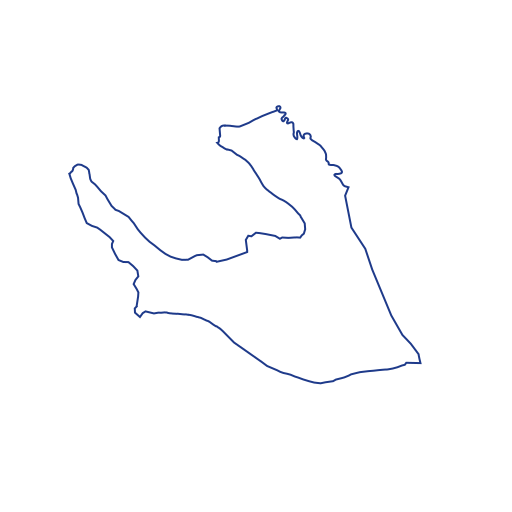 Qaflat Odhar, Amran, Yemen (Equal Earth projection), rotated 134°
{"feature_id": "15242507B49848325615271", "entity_name": "Qaflat Odhar", "entity_type": "district", "adm_level": 2, "iso_a3": "YEM", "parent_name": "Yemen", "parent_adm1": "Amran", "projection": "equal_earth", "projection_center": [43.669, 16.289], "detail": "fine", "context": "isolated", "style": "outline", "palette": "blue", "viewbox_px": 512, "rotation_deg": 134, "n_neighbors": 0, "source": "geoboundaries", "source_scale": "gbopen_adm2", "svg_char_len": 6018}
<svg xmlns="http://www.w3.org/2000/svg" viewBox="0 0 512 512"><g transform="rotate(134 256 256)"><path d="M167.3,354.6L174.0,357.6L174.7,358.1L176.0,359.4L177.2,360.9L178.3,362.4L179.4,363.8L180.3,365.1L182.5,367.6L183.9,368.8L183.7,369.1L185.1,370.3L186.5,371.0L187.5,371.1L189.2,371.0L189.5,370.9L194.5,365.2L195.2,364.8L196.5,365.2L199.0,362.6L199.7,362.2L200.6,362.0L201.1,362.1L201.5,362.4L201.6,361.5L201.6,359.2L201.5,358.2L201.4,357.6L200.8,355.4L200.7,354.5L200.4,353.1L199.6,350.7L199.2,350.6L197.1,346.8L196.4,339.9L195.7,338.0L195.3,336.4L195.2,335.8L195.0,334.6L194.7,332.7L194.2,330.4L194.2,329.3L194.1,326.1L194.2,325.0L194.3,323.9L194.5,323.2L194.5,322.5L195.1,319.8L195.5,318.1L195.8,317.4L196.5,314.2L196.6,313.5L196.9,312.4L197.7,308.9L198.3,306.6L198.5,306.0L198.7,305.4L199.4,303.3L200.1,300.8L200.3,299.9L200.5,299.3L200.7,296.8L200.7,294.5L200.5,293.2L200.4,291.3L200.0,288.8L200.0,288.3L199.8,286.4L199.7,285.8L199.6,285.0L199.4,283.8L199.2,282.7L198.8,280.5L198.5,279.1L198.2,278.1L197.6,276.7L196.9,274.5L196.3,271.8L195.9,268.9L195.8,267.6L195.5,264.5L195.5,262.6L195.6,260.2L196.1,255.3L196.1,252.4L196.9,250.7L196.9,250.3L198.7,243.6L202.6,239.2L206.7,237.1L209.4,237.4L212.1,237.0L214.1,239.4L216.6,241.8L220.4,245.2L224.5,250.0L227.0,250.8L228.2,256.1L231.7,261.5L233.3,264.0L237.0,269.3L239.3,272.2L245.0,273.0L246.8,275.6L251.5,274.5L258.4,265.9L258.5,265.9L259.3,265.1L278.9,274.6L287.5,280.3L287.5,281.4L287.8,281.6L289.9,284.4L290.5,290.0L291.6,294.9L296.5,299.1L298.4,299.9L305.9,302.3L310.2,306.6L313.4,312.0L315.8,317.0L317.4,322.6L318.3,328.8L318.9,336.3L319.7,342.5L319.8,348.7L319.4,355.4L318.9,359.6L317.3,366.7L317.0,370.2L316.4,374.8L318.9,385.9L320.4,389.2L320.3,390.3L320.3,394.7L318.3,402.3L317.0,406.3L317.1,412.5L316.5,418.3L316.3,421.5L316.7,425.7L316.7,426.0L316.5,426.8L315.8,428.6L315.2,429.5L312.9,432.4L312.3,433.4L311.7,434.1L310.7,435.5L310.3,436.1L310.2,436.8L310.2,437.5L310.1,439.0L310.3,440.0L310.5,440.5L310.5,440.8L310.7,441.2L310.7,441.3L311.2,442.9L311.7,444.8L313.3,447.0L314.3,447.9L317.3,448.7L319.5,448.7L320.6,447.9L322.1,447.2L323.0,447.1L323.3,447.3L325.1,447.3L325.2,447.2L325.6,447.2L326.0,447.1L326.5,447.4L328.8,443.3L331.0,438.2L333.7,431.6L335.8,428.3L335.9,427.7L337.7,424.5L341.8,419.8L343.1,416.2L345.3,410.9L347.8,405.6L349.9,400.6L348.3,394.9L345.9,390.0L345.3,386.4L344.1,374.5L344.4,369.1L347.4,368.0L349.9,365.6L352.4,358.8L354.4,352.1L352.5,347.3L349.0,343.5L348.6,337.3L348.9,331.2L352.4,326.5L356.9,326.1L361.2,324.5L362.7,318.7L363.9,315.3L367.1,312.6L374.9,307.1L375.0,306.8L377.9,306.8L380.8,303.7L380.5,297.1L375.8,297.8L372.6,297.0L368.2,289.5L364.6,286.9L362.7,284.8L360.2,282.7L358.6,280.9L358.5,280.6L358.4,280.5L358.3,280.1L357.6,279.0L357.0,278.1L356.0,276.9L355.2,275.8L355.1,275.7L352.6,272.8L352.0,272.3L348.6,267.9L347.4,266.5L347.1,266.3L346.6,265.7L346.2,265.2L346.0,264.8L345.5,264.2L345.4,263.9L345.2,263.8L345.2,263.7L344.5,262.9L343.3,261.0L342.0,258.6L340.9,256.3L340.6,255.9L340.2,255.3L339.7,254.2L339.2,253.5L338.6,252.2L338.4,251.6L338.4,251.4L338.3,251.0L338.1,250.7L337.9,249.9L337.8,249.6L337.2,248.0L337.2,247.8L336.9,247.1L336.9,246.9L336.1,245.3L336.0,244.9L335.9,244.8L335.9,244.4L335.7,244.1L335.0,239.0L334.4,236.0L333.9,235.5L333.8,234.3L333.7,234.0L333.7,233.6L333.4,232.5L333.4,232.4L333.4,232.0L333.3,231.9L333.3,231.4L333.2,231.2L333.1,227.6L333.5,211.7L328.2,178.0L327.4,171.6L323.5,161.4L322.5,158.1L321.1,155.0L319.1,151.8L317.4,148.7L315.7,144.3L314.2,141.3L312.0,136.3L309.3,131.0L306.6,126.2L302.7,121.1L298.7,118.4L292.5,113.6L289.4,112.7L284.3,109.5L281.9,108.1L277.6,106.2L275.1,105.4L270.6,102.6L267.3,100.5L260.8,95.2L256.8,91.7L252.9,88.5L248.5,84.7L246.3,82.6L242.0,79.5L237.8,77.0L233.3,74.9L230.9,73.4L228.4,73.7L218.8,63.3L216.5,66.9L214.3,70.1L213.7,70.8L211.6,83.7L211.1,95.8L204.8,117.4L185.0,163.0L174.9,182.4L169.3,207.1L150.7,233.8L142.3,237.2L144.1,240.6L144.3,241.6L144.3,242.7L144.0,243.8L143.2,246.4L142.7,248.3L142.6,249.9L143.5,254.5L143.5,255.2L143.4,255.6L143.1,256.0L142.6,256.0L142.0,255.9L141.3,255.4L140.5,254.4L139.3,253.4L138.2,252.7L137.2,252.2L136.6,252.2L136.0,252.4L135.6,252.8L135.1,254.0L134.8,255.6L134.5,257.5L134.6,258.9L135.1,260.5L135.8,261.8L136.6,263.3L138.8,265.7L139.5,266.9L139.5,267.3L139.3,267.7L138.8,268.1L138.3,268.9L138.2,269.5L138.2,270.1L138.4,271.1L138.3,271.9L138.1,272.5L137.9,272.8L136.5,273.9L135.4,275.0L134.2,276.3L133.5,277.8L132.7,279.9L132.4,281.7L132.1,284.7L131.9,286.0L132.0,287.7L132.2,288.5L132.9,292.5L133.8,296.1L133.8,298.0L133.6,298.6L133.3,298.8L132.9,299.1L132.2,299.4L131.8,300.0L131.4,300.6L131.2,301.3L131.2,302.2L131.3,302.9L131.9,303.9L132.5,304.6L134.0,305.6L134.7,305.8L135.7,305.7L136.2,305.5L136.7,305.0L137.1,304.4L137.6,303.3L138.2,303.3L138.3,303.5L138.7,304.6L138.6,306.1L138.2,307.6L136.9,310.1L136.6,311.0L136.4,311.6L136.4,312.0L136.5,312.3L137.1,312.7L137.5,312.7L138.1,312.5L138.9,312.1L139.7,311.3L141.5,309.1L142.6,308.1L143.2,307.8L143.5,307.7L143.8,308.1L143.9,308.6L143.9,309.9L143.7,311.0L143.4,312.2L142.7,313.2L142.2,313.8L141.5,314.2L140.6,314.8L139.8,315.8L137.0,318.9L135.6,320.3L135.0,320.9L134.8,321.4L134.6,322.2L134.8,323.0L135.5,323.7L136.6,324.3L138.3,325.0L138.6,325.3L138.8,325.6L138.8,325.9L138.5,326.4L137.9,326.7L136.5,327.2L135.7,327.5L135.3,328.0L135.2,328.8L135.5,330.1L135.7,330.5L136.2,330.6L137.1,330.5L137.6,330.2L138.1,330.2L138.6,329.8L139.9,329.8L140.2,330.0L140.4,330.6L140.4,331.1L140.1,332.0L139.7,332.8L139.3,333.1L138.2,333.3L136.7,333.1L135.3,333.2L135.2,333.3L134.7,333.2L133.5,333.3L132.8,333.8L132.7,334.3L132.9,334.9L133.3,335.6L134.8,337.1L135.4,337.8L135.9,338.6L136.1,339.6L136.1,340.2L135.7,340.5L135.1,340.5L134.1,340.8L132.8,341.1L132.1,341.7L131.9,342.2L131.9,342.8L132.1,343.4L133.1,344.2L134.2,344.6L134.9,344.5L135.4,343.9L135.8,343.0L136.2,342.3L136.9,342.2L140.2,343.7L140.8,344.1L143.8,345.5L150.9,348.7L154.9,350.2L156.3,350.7L157.7,351.4L160.4,352.3L165.0,353.6L167.3,354.6Z" fill="none" stroke="#1e3a8a" stroke-width="2"/></g></svg>